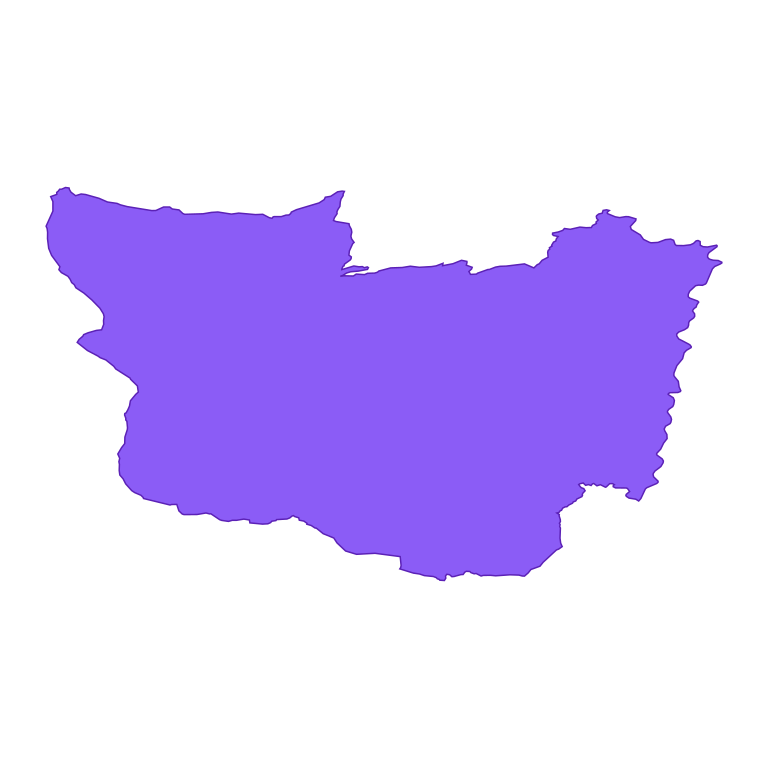 the district of Gjerdrum nor, Akershus, Norway
{"feature_id": "86288312B13989294808730", "entity_name": "Gjerdrum nor", "entity_type": "district", "adm_level": 2, "iso_a3": "NOR", "parent_name": "Norway", "parent_adm1": "Akershus", "projection": "equal_earth", "projection_center": [11.024, 60.079], "detail": "fine", "context": "isolated", "style": "filled", "palette": "violet", "viewbox_px": 768, "rotation_deg": 0, "n_neighbors": 0, "source": "geoboundaries", "source_scale": "gbopen_adm2", "svg_char_len": 6091}
<svg xmlns="http://www.w3.org/2000/svg" viewBox="0 0 768 768"><path d="M609.3,210.5L606.6,209.8L603.1,210.4L602.2,213.2L598.7,214.0L596.7,215.6L596.3,216.3L596.7,218.5L598.2,220.0L596.0,222.1L596.4,223.5L592.5,225.5L591.4,227.5L586.2,227.7L579.9,227.1L570.2,229.3L564.4,228.5L562.7,230.4L558.2,232.0L552.6,233.1L552.5,234.5L553.5,235.5L558.1,236.5L556.3,238.9L555.8,241.0L553.5,242.1L551.6,245.3L552.0,246.1L549.4,247.7L549.7,249.2L548.2,250.4L547.7,252.2L548.1,257.2L542.1,260.3L539.2,263.8L537.2,264.7L533.9,267.9L524.5,263.9L506.2,266.1L500.0,266.3L495.5,267.1L489.3,269.5L487.9,269.5L477.5,273.2L476.5,274.1L470.5,274.4L468.9,271.5L471.6,269.0L472.2,267.3L466.3,265.2L467.0,262.4L466.9,261.4L461.5,260.3L453.0,263.7L442.6,265.7L443.0,263.3L436.1,265.9L431.5,266.6L419.3,267.3L410.3,266.2L402.3,267.5L390.7,267.9L378.9,271.0L377.5,272.2L374.7,273.1L367.5,273.3L364.6,274.6L356.2,274.1L353.4,276.0L343.8,275.8L340.3,276.3L342.8,275.4L346.6,273.0L350.6,271.8L358.4,271.1L367.5,269.4L368.4,267.6L367.3,266.9L364.3,267.7L362.4,266.6L359.0,266.8L353.8,266.0L341.8,269.6L341.9,268.7L343.0,266.3L344.0,265.9L344.5,264.1L350.2,260.0L351.1,258.7L351.3,256.9L348.9,255.1L349.4,250.9L352.7,243.7L354.1,242.4L351.6,238.9L350.9,236.2L351.8,232.2L351.3,229.3L349.4,225.7L349.0,223.7L335.9,221.5L333.5,220.5L334.4,217.8L337.1,213.7L336.9,211.9L337.8,209.7L339.9,206.4L340.3,201.9L341.0,199.1L343.1,195.7L343.2,193.9L344.4,191.4L342.1,191.1L337.6,191.8L330.7,196.3L325.3,197.2L324.2,199.6L319.1,202.9L296.4,209.7L291.3,212.1L290.7,213.5L288.9,215.0L286.0,215.1L281.3,216.6L274.2,216.6L273.1,216.9L272.0,218.3L269.3,217.7L262.8,214.3L255.5,214.6L238.7,213.1L231.4,214.1L217.9,212.0L211.5,212.4L202.9,213.8L184.7,214.3L182.8,213.5L179.0,209.9L172.3,209.0L169.7,207.0L163.6,207.0L155.9,210.5L151.8,210.6L127.2,206.6L120.3,204.8L117.1,203.4L107.5,202.0L99.0,198.3L85.5,194.5L81.1,194.0L75.6,195.7L71.0,192.2L69.4,189.5L69.1,188.0L65.5,187.5L61.6,189.2L59.7,189.2L58.2,191.2L56.7,192.4L56.8,194.4L50.7,196.6L52.9,201.6L52.9,211.1L46.1,226.2L47.1,228.5L47.6,232.3L47.5,238.7L48.7,248.4L51.6,255.4L59.9,266.7L58.9,269.7L61.4,272.6L68.0,276.3L70.2,279.4L71.7,282.6L74.2,284.6L75.9,287.8L83.8,293.0L91.8,299.9L99.9,308.2L103.4,313.8L104.1,316.7L103.5,320.7L103.7,324.3L101.6,329.8L96.4,330.4L88.0,332.8L83.7,334.6L82.8,336.2L79.1,339.4L77.2,342.4L87.4,350.5L98.0,356.1L100.2,357.7L105.8,359.9L113.7,366.2L115.8,369.0L130.1,378.1L130.6,379.3L137.4,385.9L138.3,392.1L135.7,394.4L130.4,400.8L129.5,406.0L127.8,409.9L126.1,412.9L124.8,413.5L124.6,415.0L125.8,418.2L125.8,420.0L126.9,421.3L127.5,427.8L127.3,429.6L124.9,437.1L124.7,443.6L121.6,447.6L117.8,454.0L119.7,458.3L118.9,461.7L119.4,464.3L119.2,470.5L119.8,475.0L123.1,478.8L125.7,483.9L131.7,490.6L134.7,492.6L141.0,495.3L143.3,497.6L143.5,498.5L170.0,505.0L171.6,504.5L176.8,504.4L178.9,510.9L182.2,514.0L184.0,514.6L197.0,514.5L206.0,513.0L209.5,513.9L210.9,513.8L219.7,519.7L221.7,520.4L228.5,521.4L232.3,520.3L236.5,520.3L243.9,519.1L249.4,520.0L249.9,522.9L262.5,524.1L267.9,523.8L270.6,522.6L271.8,521.2L275.9,520.6L276.6,519.6L287.0,519.0L289.8,517.9L292.1,516.0L293.5,515.6L294.5,516.5L298.7,517.8L299.3,520.2L303.9,521.1L307.0,523.3L306.8,524.2L311.2,525.5L315.0,528.0L316.4,528.2L323.2,533.7L333.8,538.0L337.0,542.9L345.6,551.0L356.5,554.3L375.0,553.3L400.2,556.6L401.1,565.5L400.7,567.5L399.8,568.9L413.4,573.1L419.5,574.0L424.3,575.6L433.3,576.5L436.4,577.7L437.3,578.8L439.2,579.4L439.8,580.2L444.4,580.5L445.8,578.2L445.5,576.0L446.8,574.3L449.6,574.7L451.9,576.7L454.1,576.5L460.9,574.6L463.1,574.5L464.8,572.2L466.3,571.3L469.8,571.5L470.9,572.6L474.1,573.8L476.1,573.5L481.1,576.0L483.3,575.4L490.5,575.3L495.6,575.8L510.0,574.8L519.0,575.1L522.2,576.0L524.5,576.1L528.2,572.9L530.9,569.5L540.0,566.2L543.0,562.4L556.5,549.9L558.7,549.1L562.2,546.6L560.7,543.2L560.0,538.2L560.4,528.0L559.7,526.6L560.1,524.6L559.4,523.2L560.4,521.7L560.3,519.6L559.1,515.7L559.3,514.5L556.9,513.0L559.0,512.4L560.3,510.7L561.5,510.3L562.6,508.2L565.0,506.9L567.0,506.7L568.7,505.1L572.5,503.2L573.3,501.9L575.7,501.0L576.9,499.0L581.9,496.6L582.5,495.3L582.2,494.9L582.7,493.4L585.1,490.8L583.8,488.6L581.3,487.7L580.2,486.6L578.7,484.5L579.8,483.8L583.2,483.0L585.6,485.3L588.4,484.6L591.1,485.5L592.4,483.9L593.8,483.5L596.9,485.8L600.4,484.7L605.4,487.2L606.3,486.9L609.6,483.7L612.5,483.6L614.3,484.7L613.3,485.4L613.2,486.7L615.5,487.9L626.3,488.0L627.5,488.5L629.6,491.5L626.2,494.4L625.9,495.6L626.4,496.4L629.0,498.1L635.8,499.2L638.7,501.0L640.9,498.5L645.4,488.9L646.8,487.7L656.7,483.5L658.0,482.4L658.1,481.2L653.6,476.8L653.1,474.5L653.3,473.4L654.9,471.1L660.9,466.5L663.1,462.8L663.4,461.0L662.2,458.9L657.1,455.2L656.6,454.1L656.8,453.3L660.7,449.1L663.6,443.1L667.1,438.6L666.9,434.5L664.8,430.9L664.2,429.0L665.6,426.2L670.1,423.6L670.9,422.2L671.5,419.4L670.8,416.9L667.5,412.3L667.5,411.1L668.7,409.4L672.8,406.5L673.7,404.6L674.2,401.9L674.4,400.5L673.3,397.8L668.2,394.5L668.4,393.6L669.9,392.7L677.9,392.5L680.4,391.5L680.8,390.7L679.1,386.9L678.3,381.3L674.4,376.5L673.8,375.3L674.0,372.9L676.9,365.6L682.6,358.7L684.1,352.9L686.5,350.3L691.1,347.6L691.3,346.8L690.2,345.1L688.7,344.1L678.7,338.9L676.8,336.0L676.7,334.1L678.6,332.1L684.5,329.7L687.7,327.6L688.6,325.2L688.7,322.7L689.6,320.9L693.7,317.9L694.7,316.3L694.6,313.8L692.6,311.1L692.7,310.5L694.0,308.6L696.2,307.0L696.8,304.9L698.7,302.1L697.6,301.0L689.7,298.1L688.2,296.7L688.3,294.2L689.7,291.2L695.6,285.7L698.6,285.1L702.5,285.3L705.5,284.0L706.4,282.9L712.4,268.9L714.7,266.5L720.5,263.9L721.9,262.9L721.8,262.2L718.2,260.5L713.1,260.2L710.2,259.4L708.8,258.7L707.6,257.2L707.7,254.8L709.0,252.6L717.0,246.7L717.1,245.7L716.6,245.2L707.5,247.0L703.1,246.7L700.3,245.3L700.1,241.5L698.0,240.5L696.1,240.9L693.5,243.4L690.4,244.8L683.6,245.6L676.4,245.5L675.1,244.5L673.6,240.3L670.7,239.1L665.5,239.6L658.0,242.4L651.2,242.8L649.6,242.4L643.5,239.4L640.3,234.9L631.3,229.5L630.3,226.5L635.7,220.6L636.0,218.9L628.6,216.7L625.8,216.6L619.6,217.6L615.2,216.8L607.7,213.7L607.2,213.0L607.5,212.0L609.3,210.5Z" fill="#8b5cf6" stroke="#5b21b6" stroke-width="1.5"/></svg>